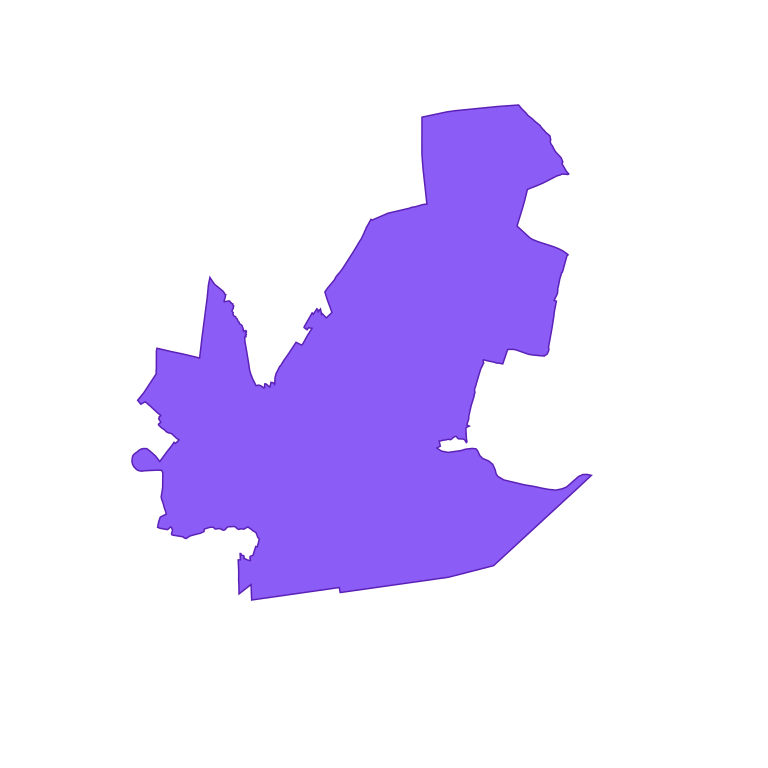 outline of Siret, Suceava, Romania, rotated 150°
{"feature_id": "2599482B44067509189222", "entity_name": "Siret", "entity_type": "district", "adm_level": 2, "iso_a3": "ROU", "parent_name": "Romania", "parent_adm1": "Suceava", "projection": "albers", "projection_center": [26.077, 47.951], "detail": "fine", "context": "isolated", "style": "filled", "palette": "violet", "viewbox_px": 768, "rotation_deg": 150, "n_neighbors": 0, "source": "geoboundaries", "source_scale": "gbopen_adm2", "svg_char_len": 6171}
<svg xmlns="http://www.w3.org/2000/svg" viewBox="0 0 768 768"><g transform="rotate(150 384 384)"><path d="M629.6,449.1L631.3,448.6L633.7,448.5L636.5,447.9L637.7,447.2L639.0,445.8L640.9,443.2L641.3,442.2L641.8,440.5L642.0,438.9L642.0,437.4L641.2,434.1L640.4,432.4L639.3,431.2L637.3,429.6L635.0,428.7L623.5,422.8L619.7,420.4L620.0,417.7L621.6,414.8L622.0,414.3L627.1,405.6L629.5,402.4L633.4,397.7L634.1,395.7L634.9,391.3L636.2,386.5L636.6,384.1L637.5,380.2L644.3,380.6L648.0,377.4L651.7,373.1L649.9,370.8L644.2,366.1L640.2,366.9L639.8,365.8L640.4,362.9L640.7,362.5L642.3,361.3L642.7,360.8L643.1,360.0L643.1,359.5L642.7,358.9L634.4,352.1L634.2,351.2L633.8,350.4L633.0,349.5L632.5,349.1L628.2,349.4L624.8,348.6L617.8,346.6L613.9,346.2L613.2,346.6L612.6,347.9L612.0,348.2L606.4,346.9L604.7,346.1L603.6,345.3L603.3,344.8L603.0,343.3L602.4,342.6L598.9,341.2L597.8,340.0L597.1,338.7L596.2,337.7L595.2,337.3L593.8,337.5L591.9,338.2L590.5,338.3L585.4,335.7L584.4,335.0L583.3,331.8L582.5,330.7L579.8,329.9L578.1,328.4L573.4,328.3L572.0,325.2L571.5,324.4L571.1,322.7L569.5,320.0L569.2,319.2L569.6,316.3L569.9,315.0L569.9,313.7L569.5,312.2L571.1,310.4L575.1,306.4L576.3,307.4L582.9,301.4L583.4,301.2L585.8,301.6L586.4,301.4L587.0,300.6L587.3,299.8L587.4,298.9L587.9,297.9L588.2,297.9L590.3,300.0L591.8,302.2L592.6,302.9L592.3,303.5L591.7,304.0L591.4,304.6L591.4,305.5L593.2,307.4L592.7,308.7L593.4,309.1L596.3,303.5L598.2,304.6L603.5,294.4L607.8,287.1L610.2,282.4L614.5,274.7L599.4,276.8L606.6,263.1L524.5,230.1L526.2,225.3L502.7,215.8L424.7,184.4L379.9,171.9L267.6,197.1L250.1,201.2L253.4,204.2L257.1,206.2L261.9,206.6L277.4,203.5L282.2,204.2L288.3,206.2L294.6,210.8L299.4,214.9L304.7,219.8L313.2,226.8L328.1,240.9L331.6,247.1L331.8,250.0L330.6,254.3L330.0,260.0L331.8,265.0L335.8,270.2L336.8,274.2L336.3,279.6L336.8,281.9L339.8,284.1L346.0,286.8L350.8,287.9L362.7,292.7L367.8,297.2L370.2,302.1L366.3,302.0L366.0,303.1L364.7,307.1L363.0,306.2L361.3,305.9L358.0,304.5L356.2,304.2L354.4,302.6L353.6,302.5L352.5,302.6L350.6,303.1L348.7,303.0L347.9,302.6L347.6,302.2L347.4,301.7L347.5,300.8L347.2,299.8L346.7,299.1L344.2,297.6L342.9,296.6L342.4,295.9L342.1,295.2L342.0,294.4L342.1,292.9L342.0,292.1L341.6,292.1L340.7,293.1L340.2,294.9L335.6,304.1L334.6,305.2L331.2,304.9L332.7,307.1L330.9,308.9L328.1,311.3L326.6,313.8L319.1,321.9L313.0,327.5L311.4,329.2L311.1,330.0L309.8,330.7L309.4,331.3L308.7,333.4L307.9,334.5L305.3,336.6L303.9,338.1L292.7,348.7L288.8,351.2L288.0,352.0L287.1,352.3L287.1,353.2L286.7,354.3L285.8,355.2L282.3,351.9L277.3,347.5L276.2,345.9L274.4,344.9L271.1,342.0L259.6,352.1L256.8,350.5L254.9,349.5L252.7,347.6L244.0,337.5L241.4,335.3L233.9,329.9L231.8,328.6L231.5,328.1L231.1,328.2L229.3,328.2L227.8,328.4L226.9,328.9L224.8,330.5L224.1,331.2L223.4,332.6L223.3,333.2L222.7,334.1L210.4,348.6L202.2,358.8L201.5,360.0L199.5,362.4L193.3,369.5L194.9,371.4L189.8,374.7L188.3,376.0L186.9,377.9L185.7,379.9L184.0,381.6L179.3,387.0L174.9,391.1L174.8,391.4L174.5,391.6L173.5,391.7L161.3,403.7L160.0,403.8L160.0,404.3L162.2,409.2L164.0,412.2L165.9,414.8L168.0,417.5L179.5,430.3L183.3,435.2L184.7,437.9L189.8,454.3L175.9,467.2L170.3,472.7L162.5,480.8L150.1,479.0L145.7,478.5L132.7,477.9L129.9,477.7L126.8,476.9L125.2,476.9L123.5,476.0L120.5,473.8L119.5,473.4L119.0,473.5L119.7,477.1L119.7,485.9L118.3,486.7L118.0,487.3L117.5,491.4L119.2,498.9L119.4,500.7L119.2,502.0L119.5,503.4L119.1,504.7L119.1,505.5L119.4,508.5L118.8,510.9L117.4,512.3L116.8,514.6L116.3,515.5L116.3,516.2L117.0,518.2L118.2,521.2L118.5,523.6L119.1,525.7L119.4,527.4L119.6,529.9L120.7,532.8L121.9,535.7L122.9,539.3L125.1,544.7L125.6,548.1L127.1,553.4L127.9,558.3L146.6,567.4L186.4,585.4L193.4,588.2L217.7,596.1L236.4,563.8L242.4,551.3L252.1,529.2L256.9,518.4L260.4,519.9L268.1,521.8L271.5,523.1L274.3,523.6L295.0,529.9L312.4,531.9L313.0,533.1L320.2,528.8L321.1,528.4L322.5,527.1L324.3,526.0L325.8,524.7L331.1,521.1L334.5,519.4L343.0,514.6L362.1,504.7L365.8,503.1L370.5,501.5L372.6,500.5L374.8,499.0L384.9,495.3L389.2,493.3L390.9,485.8L393.3,472.0L400.9,470.1L402.3,475.9L403.2,475.6L401.5,480.7L404.8,479.5L404.1,481.3L404.5,482.7L410.3,479.8L410.7,481.5L424.9,473.2L424.9,472.5L423.5,469.4L422.9,469.6L421.4,470.4L421.0,470.5L420.5,469.9L418.5,468.2L426.2,464.2L433.5,459.8L435.3,458.9L435.9,458.9L439.3,464.1L451.6,457.9L459.8,454.1L463.9,451.8L465.8,451.2L472.3,446.9L475.2,444.0L478.1,439.4L478.6,438.7L478.9,438.4L479.0,439.2L479.5,440.7L479.6,440.9L480.5,441.3L481.0,441.9L483.1,439.7L483.7,438.8L484.2,438.4L484.6,438.8L486.1,443.0L486.5,443.4L487.3,443.7L487.7,442.9L488.4,442.1L489.1,440.6L490.2,440.8L490.4,441.6L491.3,443.6L492.4,445.0L492.9,445.6L495.6,446.6L495.2,454.0L494.4,459.2L493.4,463.3L491.4,468.2L486.4,481.5L484.2,487.6L482.6,491.7L481.0,494.3L480.3,493.9L479.8,494.2L480.2,494.7L480.1,495.0L478.9,495.3L478.4,495.7L478.4,496.3L478.6,496.5L478.7,497.1L478.2,497.2L477.2,497.7L476.8,498.6L476.9,499.2L477.4,499.7L479.2,499.7L479.2,500.4L479.0,500.9L478.4,502.0L478.2,503.5L477.8,505.2L477.8,506.0L478.9,508.5L478.9,509.0L478.9,509.4L478.6,509.9L479.0,512.1L478.6,513.3L478.7,513.8L479.0,514.7L479.1,515.1L478.8,516.1L479.0,516.6L480.1,518.3L479.8,520.1L478.9,521.1L478.9,521.5L479.3,522.4L479.3,522.8L478.6,523.8L476.8,524.8L476.2,525.8L475.3,526.4L475.3,527.1L475.1,527.3L475.3,528.4L474.9,529.0L475.9,530.1L475.7,530.9L476.2,531.4L476.1,532.8L476.4,533.2L477.4,533.8L481.2,535.1L480.7,536.1L478.7,537.9L476.8,540.1L476.4,540.4L476.7,540.7L476.8,541.2L476.8,542.8L477.0,544.9L480.9,555.2L481.5,563.3L486.5,557.6L494.0,547.1L517.9,515.9L530.7,498.7L543.2,510.6L552.4,518.8L562.7,528.5L564.6,526.4L573.5,511.1L574.6,509.6L575.7,507.7L576.0,506.8L596.3,496.6L605.5,493.1L604.7,488.1L599.7,488.0L597.5,481.8L594.7,472.6L593.6,469.8L593.2,469.5L593.2,468.1L595.0,468.1L595.3,467.8L595.3,467.4L595.5,467.0L596.6,466.5L596.4,463.1L596.5,462.4L598.6,462.2L599.5,461.8L599.7,461.3L598.7,457.5L597.1,454.3L596.3,451.3L595.1,449.5L593.4,448.0L592.6,446.7L591.0,441.4L590.5,440.0L589.4,438.2L589.5,438.0L594.3,436.8L595.0,438.5L598.7,436.7L606.0,433.8L616.9,429.0L617.9,436.0L620.1,442.7L621.7,446.6L624.4,448.3L626.7,449.1L629.6,449.1Z" fill="#8b5cf6" stroke="#5b21b6" stroke-width="1.5"/></g></svg>